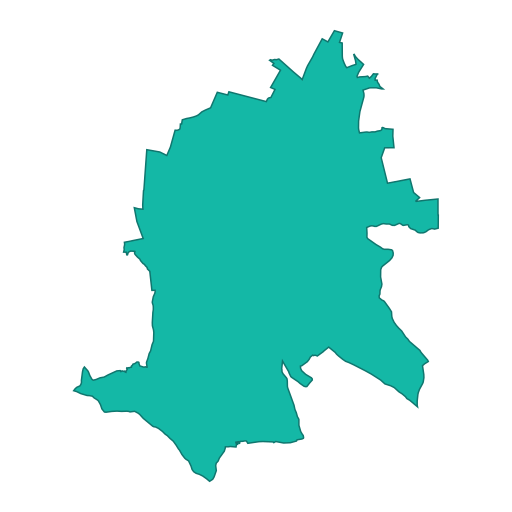 the district of Gheorghe Doja, Mures, Romania
{"feature_id": "2599482B99552937012719", "entity_name": "Gheorghe Doja", "entity_type": "district", "adm_level": 2, "iso_a3": "ROU", "parent_name": "Romania", "parent_adm1": "Mures", "projection": "equal_earth", "projection_center": [24.503, 46.455], "detail": "fine", "context": "isolated", "style": "filled", "palette": "teal", "viewbox_px": 512, "rotation_deg": 0, "n_neighbors": 0, "source": "geoboundaries", "source_scale": "gbopen_adm2", "svg_char_len": 6034}
<svg xmlns="http://www.w3.org/2000/svg" viewBox="0 0 512 512"><path d="M417.5,406.8L417.2,405.3L417.2,400.9L417.9,394.4L418.3,392.6L419.5,389.3L422.6,383.6L423.2,382.1L423.9,377.7L423.8,374.5L422.5,365.7L424.6,363.8L428.3,361.5L427.7,360.2L421.8,353.3L420.9,352.2L419.9,350.4L409.5,341.5L407.8,339.1L405.6,337.0L401.7,331.0L398.6,328.0L396.4,325.5L394.1,322.3L392.3,318.5L391.8,316.4L391.5,311.8L389.3,308.3L384.4,301.5L383.6,300.8L382.0,300.1L379.3,297.9L379.1,295.9L379.9,294.1L380.0,290.8L380.3,289.6L381.5,286.6L381.9,284.1L380.6,277.0L380.7,269.7L381.6,267.2L382.6,266.1L389.6,260.5L391.9,257.9L393.1,255.3L393.2,253.0L392.5,250.5L391.5,249.8L388.2,249.3L384.2,249.3L382.5,248.7L380.4,247.1L376.1,244.6L367.9,238.8L366.9,237.4L367.0,233.3L366.7,227.5L369.7,226.2L371.3,225.8L372.9,225.9L374.8,226.4L376.4,226.4L381.5,224.0L383.4,223.6L386.4,224.0L389.5,224.0L392.2,225.3L394.6,225.4L398.8,223.5L399.7,223.4L400.4,223.6L402.7,225.2L403.3,225.4L407.3,224.7L408.0,224.9L408.5,225.3L408.8,226.6L409.1,227.0L410.7,228.6L415.1,230.1L416.9,231.7L418.1,232.5L420.1,232.9L423.4,232.8L424.5,232.4L426.0,231.7L428.5,229.8L431.4,228.6L432.9,228.7L434.6,229.1L438.2,228.2L438.3,215.2L438.1,215.2L438.0,213.4L438.0,199.0L424.9,200.3L416.2,201.4L415.9,201.0L419.6,197.6L413.6,192.5L410.0,178.9L387.5,183.2L381.2,157.7L384.7,147.8L394.0,147.7L392.8,136.2L393.0,129.3L385.0,128.6L383.4,127.7L382.4,127.5L381.9,127.9L382.0,128.7L381.8,129.6L381.0,130.3L380.1,130.7L377.4,131.1L375.0,131.9L371.8,131.9L369.3,132.4L367.0,132.0L365.4,132.1L359.5,132.9L358.7,129.7L358.5,128.0L358.6,121.0L359.9,111.6L363.9,96.9L364.0,95.3L363.9,93.6L363.0,90.1L369.4,87.9L370.4,87.8L376.4,87.8L381.6,88.9L383.0,88.9L379.9,86.5L379.0,84.3L377.5,82.1L377.1,80.1L375.2,80.2L375.1,78.5L377.3,74.1L378.4,73.9L375.7,74.0L373.4,73.8L371.5,76.3L369.4,78.2L367.7,76.1L365.2,76.6L359.8,76.9L357.4,77.5L357.0,76.2L358.7,72.2L363.6,64.4L357.7,59.1L355.5,56.6L354.2,54.4L353.8,54.6L355.5,60.6L356.0,63.8L355.9,64.4L352.4,65.5L346.8,67.7L346.4,67.3L345.5,66.0L344.2,63.2L343.0,60.1L342.5,58.4L342.3,56.1L342.2,43.0L339.5,42.4L342.6,33.0L334.4,30.7L327.9,41.9L322.2,38.8L313.9,54.2L312.7,56.8L307.6,65.7L306.3,68.6L302.2,79.6L300.7,78.1L293.7,72.2L278.9,59.0L276.4,59.7L274.6,59.5L272.1,60.2L270.5,59.7L269.6,60.3L273.9,63.4L272.5,65.3L280.5,70.2L270.6,87.5L275.0,89.4L270.9,97.5L269.1,97.8L268.1,98.4L267.4,99.2L266.3,101.6L228.9,91.8L227.8,95.0L217.3,92.3L210.6,107.8L205.3,110.1L201.8,111.9L198.5,114.8L196.5,115.9L193.4,117.0L189.4,118.0L186.6,118.5L182.3,119.8L181.6,124.0L180.4,124.0L180.2,127.4L179.9,128.9L178.9,129.7L177.2,130.3L175.1,130.2L170.4,147.1L166.8,155.5L159.8,152.0L146.8,149.7L143.9,190.0L143.5,190.6L142.7,205.0L142.9,209.2L138.4,208.8L134.3,207.7L136.9,221.5L143.2,238.5L124.4,242.3L124.6,243.7L124.6,244.8L124.0,247.5L124.2,249.8L123.6,252.1L126.3,252.2L126.7,254.6L127.0,255.0L127.5,254.8L128.2,252.6L129.2,251.7L130.7,251.1L134.8,251.3L135.0,251.6L134.6,252.3L134.6,253.3L135.0,254.3L137.5,257.1L139.6,258.9L140.2,259.6L140.3,260.2L140.7,260.8L143.0,263.5L144.4,264.4L145.5,265.9L146.6,266.9L147.2,267.7L147.4,268.9L149.8,271.3L151.9,290.4L155.1,290.3L155.2,291.4L154.8,293.3L153.3,296.7L152.3,301.8L152.3,302.7L153.2,305.6L153.3,307.1L153.3,309.8L152.9,312.3L152.3,322.5L152.4,325.8L153.5,329.9L153.8,332.5L153.5,341.3L152.1,344.6L150.6,350.9L149.2,353.5L147.9,358.5L146.5,362.3L146.5,363.4L147.1,367.1L146.6,367.2L145.3,366.8L144.0,367.2L139.8,365.9L139.0,363.6L138.9,362.4L138.4,362.1L136.9,362.0L135.2,363.4L132.9,364.2L132.4,365.3L131.5,366.0L131.5,367.1L131.3,367.3L130.6,367.2L129.3,367.8L128.4,367.7L127.7,368.0L126.9,367.8L126.7,368.6L127.3,369.0L127.3,369.3L126.1,371.0L125.9,372.3L125.1,372.0L125.0,371.3L124.7,371.1L123.1,371.3L122.3,370.9L121.0,371.6L120.7,371.6L120.6,370.7L120.4,370.6L116.8,370.9L108.1,374.9L104.1,377.1L100.1,377.8L96.1,379.5L93.3,380.2L92.0,379.4L89.8,375.5L88.6,372.3L87.8,370.8L84.4,367.0L83.2,368.8L82.5,371.8L81.4,380.5L81.5,382.4L80.9,384.4L79.9,385.9L76.8,387.3L75.2,388.7L73.7,390.7L76.7,391.6L80.8,393.6L87.1,395.5L89.4,395.6L92.4,396.2L94.0,397.8L97.6,400.1L98.4,400.9L100.5,404.7L101.9,408.9L104.4,412.0L106.0,412.2L111.9,411.4L117.0,411.1L121.5,411.4L126.6,411.2L128.7,411.4L130.0,411.9L134.6,411.3L138.2,413.2L139.7,414.4L143.3,418.4L152.7,426.2L154.0,426.8L155.4,426.9L158.5,428.4L162.4,431.4L165.2,434.2L167.3,435.6L170.0,438.4L173.3,441.2L176.3,445.4L178.5,449.0L179.4,450.0L182.0,454.6L184.7,458.1L185.9,459.2L188.6,460.9L191.0,466.0L192.1,469.5L193.7,471.7L196.1,473.3L199.3,474.3L202.7,476.0L206.5,478.7L209.6,481.3L212.7,479.3L214.1,476.9L216.3,470.6L215.7,465.7L216.2,463.2L218.1,461.1L219.4,458.0L224.3,451.2L225.2,448.3L225.4,446.8L228.2,446.8L230.3,446.5L236.0,447.0L236.5,444.7L236.3,443.6L235.9,442.8L235.8,442.2L236.1,442.0L236.5,442.1L236.8,442.7L237.2,444.2L237.6,444.3L237.7,443.6L237.4,442.0L237.6,441.8L238.7,441.7L239.0,442.1L239.2,443.4L239.5,443.4L239.7,443.1L239.8,441.9L240.2,441.4L242.8,441.3L244.8,440.9L245.9,440.9L246.6,441.3L247.8,443.3L258.7,441.7L262.8,441.5L272.6,441.9L273.4,442.1L273.7,442.6L274.3,442.4L275.7,441.5L283.6,443.0L290.4,442.7L296.5,441.0L297.1,439.8L301.9,439.0L303.4,438.3L303.6,437.5L303.2,435.5L302.0,433.8L300.7,431.5L298.9,425.3L298.9,419.6L298.6,418.8L297.4,416.7L296.3,412.7L294.9,409.4L294.0,405.2L287.7,387.9L287.4,386.4L287.3,381.0L287.0,378.8L286.4,377.8L282.9,373.6L282.0,371.7L281.9,369.3L281.7,368.8L282.5,361.0L288.7,371.7L289.0,372.8L290.7,376.4L291.3,377.1L298.1,381.7L300.1,383.5L304.1,386.3L305.9,386.7L306.9,386.5L309.7,382.9L312.3,380.0L312.2,378.8L311.4,377.8L305.7,374.4L301.7,370.7L300.6,368.4L300.4,366.1L301.8,365.7L307.3,361.7L309.1,359.4L310.4,357.0L312.7,355.1L313.4,355.6L314.2,355.3L315.8,355.3L317.3,356.0L323.2,351.7L324.1,350.8L328.7,347.1L335.2,352.4L336.6,354.2L338.6,356.0L342.7,359.3L345.6,361.3L348.8,362.5L353.7,364.8L365.2,370.7L371.2,374.0L380.6,380.0L384.9,383.9L390.8,385.8L394.3,387.6L398.9,391.8L402.2,393.9L405.5,396.7L406.9,398.6L409.8,400.3L417.5,406.8Z" fill="#14b8a6" stroke="#0f766e" stroke-width="1.5"/></svg>